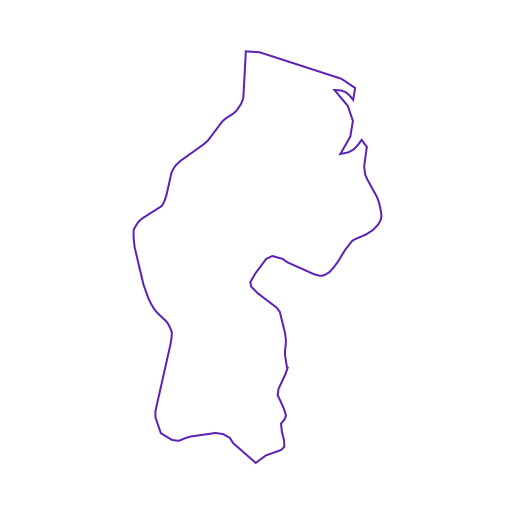 SVG path tracing the border of Montserrado, rotated 168°
{"feature_id": "LBR-788", "entity_name": "Montserrado", "entity_type": "County", "adm_level": 1, "iso_a3": "LBR", "parent_name": "Liberia", "parent_adm1": "", "projection": "robinson", "projection_center": [-10.594, 6.529], "detail": "fine", "context": "isolated", "style": "outline", "palette": "violet", "viewbox_px": 512, "rotation_deg": 168, "n_neighbors": 0, "source": "natural_earth", "source_scale": "10m", "svg_char_len": 1612}
<svg xmlns="http://www.w3.org/2000/svg" viewBox="0 0 512 512"><g transform="rotate(168 256 256)"><path d="M223.4,458.3L210.3,454.6L135.5,411.5L124.1,399.7L128.5,388.5L131.3,393.9L134.3,397.7L138.5,400.3L144.7,402.0L135.0,383.8L133.1,368.0L138.9,353.2L152.3,338.2L144.0,338.2L137.9,340.1L133.1,343.5L128.5,347.6L124.8,339.4L125.2,338.9L131.6,321.0L132.3,312.9L131.1,307.4L125.6,289.3L124.7,284.1L124.4,278.8L124.6,272.5L125.1,268.4L126.8,265.0L129.8,261.5L136.1,257.2L143.3,254.4L157.0,251.5L159.2,250.5L167.7,243.3L176.8,233.6L182.1,228.9L187.3,225.1L191.5,223.5L194.7,222.9L197.7,223.4L203.0,226.1L226.5,243.2L228.5,245.3L230.3,247.5L240.0,252.6L246.7,251.0L260.1,239.2L267.0,231.6L267.1,227.0L261.9,219.0L246.7,201.4L244.3,196.5L243.6,174.4L244.3,167.3L245.2,163.5L247.4,157.2L248.2,153.4L248.9,140.6L248.2,140.3L251.7,134.4L261.7,121.2L263.7,115.3L260.6,101.6L259.8,93.8L261.9,90.4L266.4,86.8L267.2,78.6L266.9,69.5L268.0,63.4L271.9,61.0L287.8,58.9L299.3,53.7L317.4,77.9L319.3,83.5L325.2,88.6L332.2,91.3L357.3,93.0L362.9,92.6L367.7,91.6L370.4,91.4L376.4,93.5L385.9,102.5L387.9,118.8L386.7,125.0L357.5,188.5L355.3,194.5L354.2,198.8L354.9,203.6L356.3,208.5L357.4,210.8L364.3,220.7L366.8,225.8L368.6,231.1L370.0,236.6L372.0,251.5L372.9,290.0L371.8,299.9L370.4,306.6L368.6,309.1L364.3,313.5L361.7,315.2L359.0,316.6L338.8,324.1L336.8,325.4L334.1,328.9L330.9,334.2L321.3,355.2L317.5,359.7L315.4,361.5L310.5,364.6L283.8,376.2L279.2,378.8L260.5,395.0L255.7,397.4L248.9,399.9L246.3,401.3L243.5,403.4L239.2,407.7L237.0,410.7L235.4,413.7L223.4,458.2L223.4,458.3Z" fill="none" stroke="#5b21b6" stroke-width="2"/></g></svg>